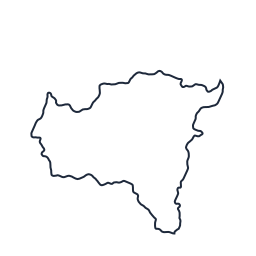 the district of Constanza, La Vega, Dominican Republic, rotated 114°
{"feature_id": "3306468B51834332245466", "entity_name": "Constanza", "entity_type": "district", "adm_level": 2, "iso_a3": "DOM", "parent_name": "Dominican Republic", "parent_adm1": "La Vega", "projection": "orthographic", "projection_center": [-70.661, 18.86], "detail": "fine", "context": "isolated", "style": "outline", "palette": "slate", "viewbox_px": 256, "rotation_deg": 114, "n_neighbors": 0, "source": "geoboundaries", "source_scale": "gbopen_adm2", "svg_char_len": 5788}
<svg xmlns="http://www.w3.org/2000/svg" viewBox="0 0 256 256"><g transform="rotate(114 128 128)"><path d="M133.1,214.0L134.5,213.9L135.4,213.7L137.3,213.0L138.4,212.7L139.9,212.7L144.0,212.7L145.5,212.6L146.6,212.4L148.2,211.7L148.9,211.5L149.9,211.4L151.8,211.3L153.6,211.4L154.7,211.7L155.5,212.2L157.1,213.5L157.7,213.8L159.1,214.1L161.1,214.3L163.8,214.2L170.0,214.2L171.4,214.2L172.1,214.1L172.6,213.9L174.1,213.1L174.8,212.6L174.9,212.3L175.1,211.7L175.1,211.1L175.0,210.5L174.8,210.0L174.1,208.7L173.5,206.5L172.8,205.0L172.7,204.5L172.7,204.2L173.0,203.7L173.4,203.5L173.9,203.4L175.4,203.3L176.0,203.2L176.6,202.9L177.0,202.6L177.6,201.9L178.3,200.5L180.1,198.1L180.9,196.5L181.3,196.1L181.8,195.7L182.3,195.5L182.9,195.6L183.5,195.7L184.7,196.4L185.6,196.6L186.5,196.5L187.0,196.3L187.5,195.6L188.0,194.7L188.1,194.2L188.0,193.4L187.6,192.5L187.5,191.9L187.4,190.9L187.6,190.0L187.8,189.4L188.7,188.0L189.0,187.7L189.3,187.4L190.2,185.9L190.8,185.3L191.3,184.9L194.2,183.4L195.3,182.9L195.9,182.5L198.0,180.9L199.7,180.1L201.4,179.1L201.8,178.8L202.0,178.5L202.2,177.7L202.1,176.7L201.9,176.2L200.7,174.2L199.9,173.3L199.7,172.8L199.5,171.5L199.5,168.3L199.4,167.7L199.2,167.0L198.7,166.1L196.5,163.8L195.9,163.0L195.5,162.0L195.2,159.6L195.4,157.7L195.5,155.3L195.3,154.0L195.2,153.4L194.6,152.5L194.0,151.7L191.2,149.1L190.2,148.3L188.5,147.4L187.2,146.4L186.3,145.3L186.1,144.7L185.9,143.4L185.9,142.4L186.2,141.1L187.0,139.5L187.5,137.4L187.7,136.8L188.4,135.5L188.9,134.3L189.8,132.8L191.0,130.4L191.1,129.5L191.0,128.9L190.5,128.0L189.6,127.0L188.3,125.8L186.8,124.7L186.4,124.3L186.2,124.1L186.0,123.5L185.9,120.9L185.6,120.0L185.2,119.6L183.9,119.0L183.5,118.7L182.3,116.7L182.1,116.1L181.7,114.3L181.2,113.4L180.1,112.2L178.4,110.9L178.1,110.5L177.8,109.6L177.8,108.6L177.7,103.1L177.8,102.1L177.9,101.2L178.2,100.6L178.4,100.4L180.3,99.3L182.3,98.4L183.7,97.6L184.1,97.2L184.4,96.6L184.5,96.0L184.7,93.0L184.8,92.3L185.4,91.6L185.8,91.2L186.4,91.0L188.2,90.6L189.1,90.2L190.1,89.3L191.0,88.3L192.3,85.6L192.5,85.0L192.8,82.1L193.0,81.5L193.8,79.5L194.1,77.0L194.3,76.1L194.8,75.2L196.3,73.4L197.7,70.7L199.1,67.7L199.5,66.3L199.7,65.8L200.1,65.4L200.6,65.2L202.7,64.9L203.6,64.7L206.4,63.5L208.0,62.5L208.4,62.1L208.6,61.6L208.5,61.0L207.8,59.3L207.7,58.1L207.9,57.1L208.7,55.2L208.8,54.6L208.7,53.7L208.5,52.7L206.6,49.0L206.4,48.4L206.2,47.4L206.0,44.2L205.8,43.5L205.5,42.7L204.4,43.1L203.8,43.1L203.3,43.0L200.9,41.8L199.4,40.7L197.1,40.7L195.8,40.8L193.8,41.6L192.0,42.1L191.5,42.3L190.5,43.0L189.7,44.0L189.3,44.4L187.4,45.0L184.4,46.4L183.1,47.5L181.7,49.4L181.5,49.5L181.0,49.7L180.5,49.6L179.3,49.1L178.8,48.9L178.2,48.9L177.6,49.1L177.2,49.4L176.7,50.2L176.6,50.8L176.8,51.6L177.5,52.8L177.6,53.4L177.5,54.0L177.2,54.5L176.8,54.9L176.0,55.4L174.6,55.5L169.7,55.4L167.7,55.5L167.1,55.7L166.5,56.1L164.5,57.7L163.9,57.9L163.3,58.0L162.4,57.9L162.0,57.6L161.7,57.2L161.3,56.1L160.9,55.8L160.4,55.7L159.7,55.9L156.4,57.6L155.5,57.8L154.6,57.6L153.0,56.9L151.6,56.7L142.8,56.6L140.7,56.7L140.0,56.9L139.5,57.2L137.1,59.0L134.4,60.3L133.4,60.5L130.6,60.6L129.5,60.8L128.9,61.0L126.5,62.2L125.4,63.0L124.5,63.9L124.0,64.8L123.5,65.8L122.9,66.5L122.2,67.1L121.2,67.3L119.5,67.4L117.7,67.2L116.8,66.9L115.5,66.2L112.7,64.9L111.7,64.7L109.0,64.5L108.2,64.2L107.9,64.1L107.6,63.5L107.2,61.0L106.8,60.1L106.5,59.6L106.0,59.3L104.9,58.7L103.7,57.8L103.1,57.6L102.6,57.7L102.2,58.0L101.8,58.7L101.3,60.1L101.3,60.7L101.7,61.9L102.0,62.9L102.1,65.3L102.1,66.4L102.0,67.4L101.8,67.9L101.5,68.4L99.8,69.4L98.9,69.8L97.5,69.9L93.8,69.9L92.4,69.9L91.3,70.2L89.8,70.9L88.7,71.1L87.3,71.1L86.3,71.0L84.0,70.1L80.9,69.6L80.2,69.3L79.7,69.0L78.7,68.0L78.1,67.2L76.1,63.1L75.7,62.5L73.2,59.6L72.1,58.1L71.5,57.5L70.0,56.6L69.5,56.4L68.8,56.2L67.0,56.1L58.6,56.0L57.2,56.1L56.2,56.3L54.6,57.0L52.1,57.6L49.9,58.9L49.3,59.5L48.1,61.5L47.2,63.0L49.3,62.8L52.2,62.7L53.6,62.8L54.6,63.1L55.2,63.4L55.7,63.9L58.4,66.2L58.9,66.6L60.1,67.1L60.9,67.7L61.8,68.6L62.2,69.4L62.3,69.7L62.2,70.2L61.4,71.6L61.1,72.0L60.0,72.7L59.6,73.1L59.2,73.6L58.9,74.1L58.7,75.2L58.7,76.2L58.7,77.6L58.9,78.7L59.8,81.0L60.1,83.0L60.4,83.9L60.6,84.2L61.0,84.5L63.6,86.1L64.0,86.5L64.8,88.0L65.2,88.8L65.4,89.5L65.6,91.2L65.8,92.1L66.2,92.5L67.1,93.1L67.8,93.7L68.1,94.2L68.3,94.8L68.2,95.4L67.9,95.9L66.9,97.4L66.5,97.8L65.6,98.1L63.0,98.1L62.5,98.2L62.0,98.5L61.7,99.0L61.7,99.3L61.8,99.8L62.5,101.3L62.7,102.7L62.8,104.9L62.8,110.1L62.9,111.9L63.1,112.9L63.8,114.6L64.1,115.9L64.1,117.0L63.9,118.1L63.0,119.9L62.9,120.6L62.8,121.5L63.0,122.4L63.6,123.2L64.0,123.6L65.9,124.5L67.8,125.7L68.2,126.1L69.2,127.9L70.6,130.9L70.8,131.9L71.1,134.4L72.0,136.6L72.4,139.8L72.7,140.5L73.2,141.3L73.9,142.0L74.7,142.6L77.8,144.1L80.2,144.7L81.6,145.4L82.2,145.6L83.2,145.7L85.6,145.8L86.2,145.9L86.8,146.2L87.1,146.6L88.1,148.4L88.3,148.9L88.8,151.1L90.1,153.9L90.6,154.8L92.6,156.8L93.3,157.6L93.6,158.2L95.0,160.9L95.4,163.1L96.3,165.0L96.7,166.9L97.0,167.8L97.5,168.6L98.2,169.4L99.1,170.3L99.8,170.8L100.7,171.1L101.2,171.1L103.3,170.2L104.8,169.3L107.5,167.9L108.5,167.7L109.8,167.6L111.5,167.7L112.4,167.9L114.3,168.7L116.5,169.3L118.1,170.0L119.0,170.3L120.4,170.4L123.6,170.5L124.6,170.6L125.2,170.9L125.8,171.3L127.0,172.5L127.5,173.3L128.3,175.0L129.5,176.9L132.6,178.9L133.0,179.2L134.0,180.9L134.4,181.8L134.5,183.1L134.5,184.1L134.3,185.4L132.9,188.1L131.2,190.1L130.9,190.7L130.7,191.3L130.7,191.9L130.9,192.7L132.0,194.9L134.3,197.8L135.5,200.2L135.6,200.8L135.6,201.4L135.4,202.3L134.3,203.9L133.9,204.2L132.4,204.7L131.8,205.3L131.0,206.7L130.7,207.3L130.6,207.9L130.3,209.8L130.1,210.6L129.8,211.0L128.7,211.8L128.1,212.4L127.8,212.9L127.7,213.8L127.8,214.4L128.1,214.9L128.6,215.3L129.2,215.3L129.8,215.3L130.4,215.1L131.9,214.3L133.1,214.0Z" fill="none" stroke="#1e293b" stroke-width="2"/></g></svg>